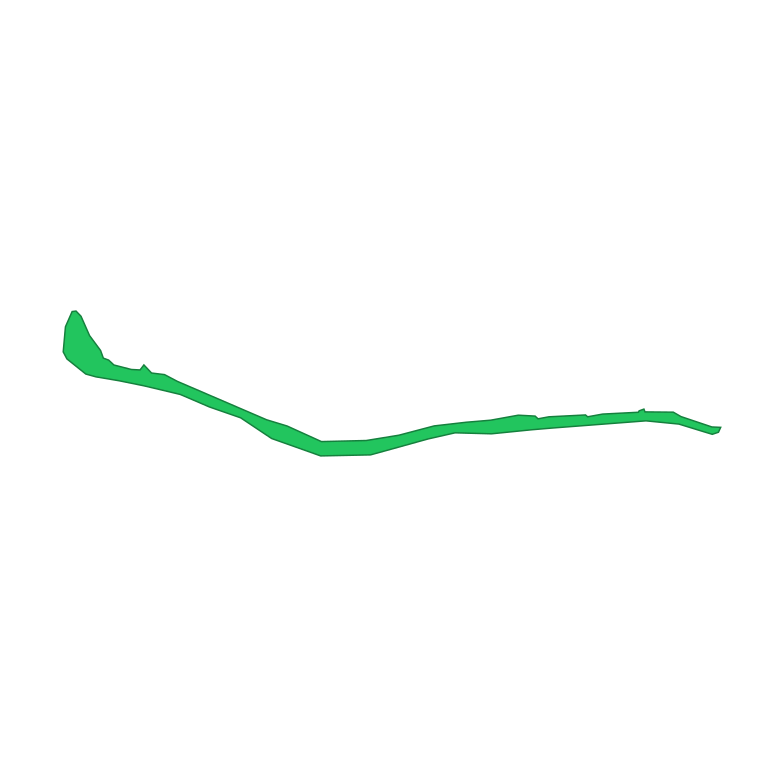 the district of Ta, Chuuk, Federated States of Micronesia, rotated 43°
{"feature_id": "79324940B22444960542249", "entity_name": "Ta", "entity_type": "district", "adm_level": 2, "iso_a3": "FSM", "parent_name": "Federated States of Micronesia", "parent_adm1": "Chuuk", "projection": "equal_earth", "projection_center": [153.68, 5.302], "detail": "fine", "context": "isolated", "style": "filled", "palette": "green", "viewbox_px": 768, "rotation_deg": 43, "n_neighbors": 0, "source": "geoboundaries", "source_scale": "gbopen_adm2", "svg_char_len": 902}
<svg xmlns="http://www.w3.org/2000/svg" viewBox="0 0 768 768"><g transform="rotate(43 384 384)"><path d="M209.6,549.1L242.1,530.6L271.9,519.9L302.2,506.5L339.0,500.5L386.7,479.8L422.5,445.0L453.8,394.0L469.3,371.2L496.6,347.1L523.0,317.0L536.4,302.2L600.7,232.3L627.0,212.2L651.1,200.5L658.4,196.9L661.5,191.2L659.8,186.1L653.1,191.8L623.4,205.3L614.8,207.3L593.9,226.4L591.2,225.1L588.9,229.6L589.3,231.2L564.4,256.9L555.3,269.1L552.5,269.2L527.0,295.5L520.4,304.4L516.4,304.4L503.5,315.2L486.7,337.7L470.3,355.8L449.3,380.4L429.8,411.3L409.6,437.4L377.5,468.8L341.8,480.8L322.6,490.2L231.1,523.0L217.1,526.8L206.5,534.5L195.4,533.8L196.0,540.1L189.3,545.7L173.5,554.3L166.3,554.3L161.1,556.5L153.9,552.8L135.6,549.4L116.2,541.1L109.0,540.7L106.5,543.7L112.0,559.4L127.5,579.3L135.0,581.9L159.1,580.1L168.5,575.2L188.2,562.2L209.6,549.1Z" fill="#22c55e" stroke="#15803d" stroke-width="1.5"/></g></svg>